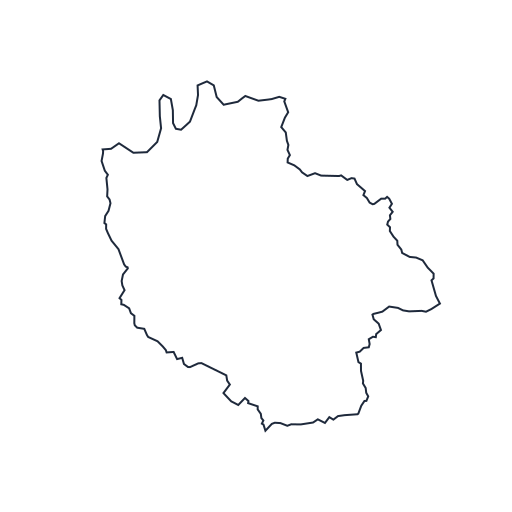 Río Grande, Puerto Rico (Robinson projection), rotated 315°
{"feature_id": "32010507B30311265398207", "entity_name": "Río Grande", "entity_type": "district", "adm_level": 2, "iso_a3": "PRI", "parent_name": "Puerto Rico", "parent_adm1": "", "projection": "robinson", "projection_center": [-65.81, 18.348], "detail": "fine", "context": "isolated", "style": "outline", "palette": "slate", "viewbox_px": 512, "rotation_deg": 315, "n_neighbors": 0, "source": "geoboundaries", "source_scale": "gbopen_adm2", "svg_char_len": 2783}
<svg xmlns="http://www.w3.org/2000/svg" viewBox="0 0 512 512"><g transform="rotate(315 256 256)"><path d="M369.1,394.1L369.2,385.6L370.8,376.9L368.1,370.3L364.0,365.3L361.5,357.2L363.3,354.2L364.0,348.1L366.7,345.1L366.9,339.6L368.3,333.0L371.1,330.4L371.0,326.6L373.7,325.0L377.2,324.8L379.5,321.9L383.9,321.4L384.5,316.2L389.0,315.2L390.7,309.7L390.5,306.9L387.9,306.8L385.1,304.0L376.5,302.8L375.1,301.9L374.1,298.6L375.4,293.4L375.0,288.9L379.0,287.2L378.2,276.6L380.4,270.9L378.6,268.5L374.3,266.7L373.2,259.2L371.3,258.2L358.9,245.2L356.3,239.2L348.9,235.8L347.7,229.4L348.2,225.8L347.2,219.0L344.5,212.2L347.3,209.6L351.3,208.6L353.3,203.2L357.4,200.4L359.3,196.4L364.4,189.7L365.0,182.7L374.3,178.6L380.4,177.1L385.3,166.7L387.9,165.6L385.0,159.9L378.0,156.1L376.3,154.8L375.1,153.9L367.5,147.9L363.5,139.4L361.6,135.3L357.6,134.7L352.2,134.1L342.0,127.4L340.1,126.2L340.6,115.8L346.8,105.5L344.8,97.9L339.9,95.9L335.3,94.1L328.8,101.2L323.7,104.8L320.3,107.2L316.8,108.7L304.3,114.3L295.5,113.9L292.3,113.7L289.3,109.4L291.3,103.4L300.3,94.1L302.4,91.1L306.8,84.8L304.3,76.6L299.0,77.5L297.8,77.7L286.8,89.2L279.9,97.7L279.3,98.5L275.4,100.7L266.8,105.5L264.8,105.5L252.3,105.5L242.3,96.3L239.1,80.7L238.8,79.4L229.3,77.7L222.9,72.2L222.1,73.7L220.2,75.4L214.0,79.6L209.4,88.8L208.7,93.8L205.4,95.0L198.1,103.9L192.9,108.6L192.4,112.5L190.4,115.8L183.6,119.8L177.6,121.1L172.1,125.5L172.4,127.7L169.2,130.8L167.5,135.0L164.7,143.0L163.6,153.9L156.8,168.7L156.4,171.4L157.2,173.2L156.6,174.1L148.9,175.0L143.3,178.7L140.7,182.3L138.9,187.2L129.7,189.3L129.8,191.9L126.6,194.9L128.0,197.1L129.3,203.3L127.1,208.0L127.7,212.3L122.4,217.5L121.3,219.3L121.3,222.7L125.5,228.5L123.0,234.8L122.5,237.0L126.1,246.7L126.1,254.0L125.7,258.8L124.6,261.0L129.9,265.6L127.3,273.1L131.8,275.8L128.7,281.4L129.4,286.4L130.8,287.9L139.3,291.1L141.7,293.2L150.6,319.4L147.5,323.7L146.6,328.4L136.1,329.9L136.0,331.2L135.7,341.3L136.6,344.0L138.1,348.8L147.8,348.6L148.1,353.2L146.4,354.5L150.9,363.5L148.7,365.7L147.8,371.0L145.2,374.4L144.9,377.5L141.6,378.7L142.1,380.5L139.1,386.2L148.5,385.9L151.4,387.2L155.1,391.4L158.1,398.2L161.9,399.9L168.5,406.7L178.6,414.1L184.2,415.2L186.7,422.8L193.9,421.8L195.0,426.4L200.8,427.2L206.1,431.2L215.9,439.7L216.9,439.8L224.6,436.3L230.2,435.2L231.6,436.5L236.1,434.6L237.2,430.7L240.2,426.9L241.5,421.7L243.5,420.1L249.0,411.5L254.1,406.3L253.4,403.5L258.6,395.2L261.7,397.0L267.1,397.1L271.2,400.3L274.1,398.6L276.9,394.6L281.6,395.8L283.3,398.1L285.8,396.2L292.0,396.7L294.9,390.6L294.5,384.0L296.9,379.8L298.1,380.0L302.2,382.5L306.0,384.7L314.4,385.9L319.7,393.1L321.5,398.4L325.1,403.4L334.3,411.9L336.8,415.6L342.4,417.5L352.4,419.7L355.0,411.5L362.9,397.3L365.7,397.4L369.1,394.1Z" fill="none" stroke="#1e293b" stroke-width="2"/></g></svg>